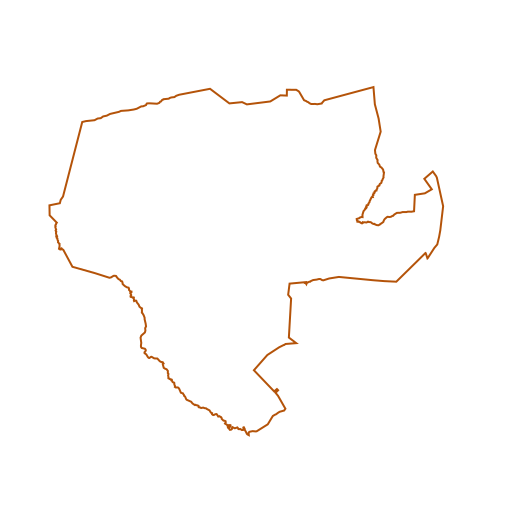 outline of Chisamba, Central, Zambia, rotated 168°
{"feature_id": "96606910B82726316050571", "entity_name": "Chisamba", "entity_type": "district", "adm_level": 2, "iso_a3": "ZMB", "parent_name": "Zambia", "parent_adm1": "Central", "projection": "orthographic", "projection_center": [28.529, -14.773], "detail": "fine", "context": "isolated", "style": "outline", "palette": "amber", "viewbox_px": 512, "rotation_deg": 168, "n_neighbors": 0, "source": "geoboundaries", "source_scale": "gbopen_adm2", "svg_char_len": 6069}
<svg xmlns="http://www.w3.org/2000/svg" viewBox="0 0 512 512"><g transform="rotate(168 256 256)"><path d="M182.1,410.2L191.2,412.2L192.5,406.5L198.8,408.1L209.9,404.2L233.4,406.2L237.6,409.4L250.3,410.8L266.2,429.1L297.6,429.7L300.7,429.3L302.8,428.4L305.9,428.7L307.6,428.5L308.6,428.0L313.9,428.6L314.1,428.3L315.3,428.2L316.8,426.9L317.8,426.8L318.7,425.9L321.1,425.5L328.4,427.5L330.9,427.9L331.2,427.8L332.2,426.5L335.5,425.9L337.1,426.2L342.1,424.8L345.2,424.7L350.7,425.0L357.9,426.0L360.1,425.5L369.2,425.3L372.8,424.3L376.5,424.3L379.2,423.1L382.3,423.4L385.7,422.4L394.3,423.3L398.1,423.2L432.4,354.3L435.3,351.6L436.9,348.4L447.5,348.5L449.4,338.7L443.9,330.0L444.7,329.4L445.0,328.6L445.9,327.8L445.8,326.7L446.2,326.4L446.3,325.7L446.0,323.4L446.7,322.7L446.6,321.8L446.3,321.5L446.3,321.2L446.7,320.6L447.0,319.5L446.8,318.3L447.2,317.0L446.5,316.9L446.4,316.6L447.2,315.5L447.2,315.2L446.6,314.5L446.8,314.1L446.7,312.6L446.4,312.0L446.8,310.6L445.6,308.6L445.9,308.2L446.0,306.7L446.5,305.6L446.5,304.9L446.9,304.7L447.2,304.0L446.4,303.2L445.5,302.9L445.1,303.1L445.0,303.8L444.6,303.9L444.2,303.0L443.2,302.1L437.8,283.6L416.9,272.6L403.9,265.2L402.3,265.2L399.5,266.2L398.5,266.1L397.1,265.6L396.7,264.8L396.7,264.4L395.3,262.0L394.1,261.1L393.4,259.6L392.2,258.9L392.1,257.3L392.3,256.5L391.6,255.3L390.3,253.6L388.6,252.1L387.2,251.5L387.0,250.3L387.3,249.3L386.5,248.0L386.5,247.5L385.2,247.1L385.3,246.5L386.7,245.7L386.2,244.1L386.2,243.6L387.1,242.9L387.1,242.1L386.6,241.8L386.1,241.8L385.3,240.9L384.4,241.0L384.1,240.8L384.5,239.6L384.3,238.5L384.7,238.0L384.6,237.2L383.6,237.4L382.6,237.3L382.3,236.8L382.3,236.0L382.1,235.2L380.9,232.8L380.5,230.6L379.3,229.1L378.5,228.6L378.4,228.0L378.9,227.2L378.9,225.9L379.4,224.7L379.4,224.2L379.0,223.8L378.2,221.4L377.8,218.8L378.1,217.2L378.0,212.8L378.2,210.0L379.4,208.5L379.7,206.0L380.6,204.3L384.7,202.0L385.9,200.1L386.3,194.8L387.1,192.6L387.4,191.0L386.9,189.8L384.0,188.4L383.5,187.5L383.4,186.7L384.0,185.8L385.1,185.0L385.2,184.1L383.8,182.6L382.8,179.7L382.2,178.7L381.5,178.4L379.7,179.2L379.1,179.1L376.8,177.0L373.8,176.2L372.0,173.1L371.0,172.2L369.3,171.5L369.0,170.6L369.3,170.7L369.7,169.8L369.5,165.8L368.4,164.7L367.0,163.8L366.1,161.9L366.6,159.8L366.2,159.1L366.2,158.7L366.8,157.5L366.8,156.2L367.1,154.6L366.2,154.1L366.1,153.6L365.5,153.4L365.2,153.0L364.3,152.8L364.1,152.6L364.5,151.8L364.1,151.5L363.8,150.1L363.3,149.6L362.5,149.2L362.3,148.8L362.6,147.2L362.2,145.5L362.6,144.8L361.9,144.1L359.8,143.7L359.2,143.1L358.7,141.9L357.9,137.9L356.0,136.8L355.9,136.1L355.4,135.2L355.4,134.1L354.8,133.6L354.5,132.8L354.1,130.6L353.7,129.8L349.7,126.9L348.8,125.0L346.8,122.9L346.0,123.0L345.7,122.6L344.0,121.9L343.3,121.1L343.6,120.4L343.2,119.8L342.0,119.4L341.3,118.7L339.2,118.7L338.0,117.9L336.4,117.3L335.9,116.6L333.6,114.7L332.7,112.2L331.6,111.4L331.9,110.4L331.2,109.5L330.4,109.2L328.7,109.7L327.5,109.6L327.3,109.4L326.3,106.8L325.0,106.9L324.1,105.8L323.6,105.6L323.3,104.6L323.4,103.8L322.0,101.7L321.0,101.4L320.1,100.7L320.2,99.6L321.2,98.6L321.0,98.3L319.7,97.2L319.4,96.6L317.1,96.0L316.6,96.1L316.1,95.7L316.4,94.8L317.3,94.0L317.8,94.1L317.9,94.6L318.5,95.3L319.2,94.8L319.0,93.7L318.3,92.8L317.7,91.4L316.5,91.3L315.5,91.8L315.0,93.2L314.6,93.5L312.8,92.0L312.0,91.9L309.9,92.2L309.2,90.9L309.2,90.4L308.6,90.1L307.4,90.1L306.0,88.7L304.8,88.5L304.2,89.0L304.1,90.8L303.9,91.0L303.5,91.0L303.0,89.2L303.1,88.0L302.5,86.4L301.9,83.9L301.4,83.2L300.3,82.3L300.0,84.5L299.4,85.2L298.7,85.4L295.7,85.4L292.9,84.5L291.8,84.4L279.5,88.9L272.8,96.0L270.5,96.8L269.3,97.0L267.2,98.0L265.3,98.7L260.6,99.0L259.0,100.5L263.5,114.6L265.3,118.1L262.3,120.1L263.2,121.5L266.4,119.8L281.8,144.7L265.5,156.8L252.3,161.9L247.3,163.2L247.0,163.1L245.4,163.8L234.8,162.4L240.8,169.4L230.5,207.1L232.6,211.4L228.9,222.0L212.8,220.1L213.2,219.6L212.9,219.6L212.6,219.2L212.8,218.5L212.6,218.0L212.1,218.9L211.0,219.3L209.0,219.8L208.3,219.6L207.5,220.1L205.1,220.6L201.5,220.3L199.5,220.4L198.2,220.2L197.7,220.0L196.4,218.7L195.2,218.2L189.1,218.8L179.3,218.3L146.3,207.9L135.9,204.8L124.1,201.7L89.6,223.7L89.4,223.5L88.8,218.0L88.6,218.1L79.8,226.9L76.3,229.6L72.9,236.7L70.4,242.8L62.6,265.8L62.8,295.0L63.2,296.7L65.5,301.9L75.3,296.5L70.2,284.7L77.8,282.2L87.9,282.8L92.1,266.9L94.7,267.0L98.4,267.8L99.8,267.7L103.4,268.5L105.9,268.3L109.2,268.9L112.2,267.8L113.5,266.8L114.1,266.9L115.9,266.3L117.5,266.4L119.1,267.0L120.1,266.7L122.4,265.4L123.5,264.3L124.4,262.8L127.1,261.6L127.6,261.6L128.1,261.1L129.9,260.6L131.6,261.2L133.2,262.3L133.4,262.8L134.4,262.9L135.7,263.9L136.2,264.7L136.9,265.3L138.7,265.8L139.2,266.3L139.7,266.3L140.1,266.0L140.9,265.8L143.4,266.6L144.1,266.3L144.7,266.8L145.4,265.9L145.8,266.0L147.0,267.0L147.3,267.6L148.1,267.9L148.4,268.5L149.2,268.3L149.7,268.5L149.5,269.1L149.9,269.8L149.8,271.3L147.3,271.5L146.5,272.0L145.8,272.0L144.8,272.3L143.7,271.9L143.3,274.2L141.5,277.5L138.9,279.5L139.0,279.7L138.6,279.8L138.6,280.1L138.1,280.1L137.7,280.4L137.6,281.2L138.0,281.4L137.9,281.7L137.3,282.0L137.2,282.4L136.9,282.4L136.9,282.6L135.9,282.5L135.4,282.9L135.2,283.9L133.8,285.0L133.7,285.5L133.2,286.4L132.8,286.6L132.3,287.6L131.7,288.1L131.0,289.2L130.4,289.6L129.6,289.4L129.7,289.9L129.5,290.4L128.6,291.0L128.8,291.7L128.3,292.1L128.1,292.8L127.8,292.8L127.8,292.5L127.3,292.7L127.3,293.2L126.6,293.8L126.8,294.0L126.7,294.3L126.0,294.5L125.8,294.9L124.5,295.0L124.4,295.8L123.4,296.7L122.8,298.6L122.1,298.8L121.6,299.2L121.1,299.1L120.6,299.3L120.2,300.4L119.8,300.8L118.3,301.4L117.5,302.8L117.5,303.3L116.4,304.2L116.1,304.9L114.9,306.3L114.8,307.3L113.4,311.2L113.8,311.6L113.7,313.9L114.1,315.0L114.3,315.2L114.9,316.5L115.9,317.3L116.2,317.9L116.4,319.8L117.6,321.7L117.5,323.7L117.1,324.5L118.0,327.1L117.4,329.5L118.0,331.2L117.6,334.9L108.2,351.7L107.5,365.0L108.2,379.7L106.0,396.8L156.8,394.1L159.5,392.1L160.0,391.5L164.5,391.7L166.4,392.4L170.4,393.2L171.9,394.3L172.8,395.5L174.0,396.3L174.7,397.1L176.6,398.4L179.6,407.5L180.0,408.2L182.1,410.2Z" fill="none" stroke="#b45309" stroke-width="2"/></g></svg>